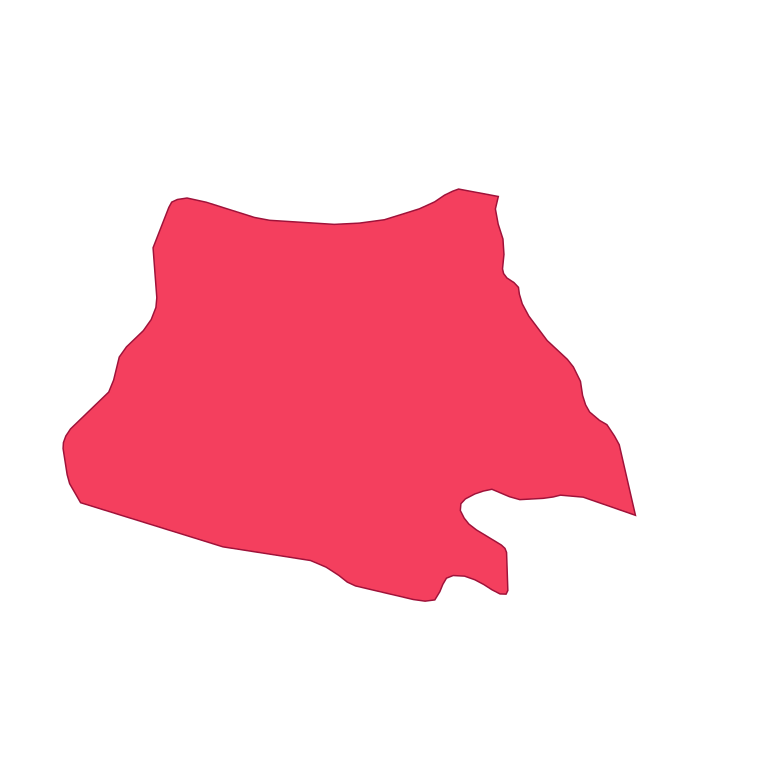 map outline of Ntchisi (Equal Earth projection), rotated 110°
{"feature_id": "MWI-1913", "entity_name": "Ntchisi", "entity_type": "District", "adm_level": 1, "iso_a3": "MWI", "parent_name": "Malawi", "parent_adm1": "", "projection": "equal_earth", "projection_center": [33.898, -13.273], "detail": "fine", "context": "isolated", "style": "filled", "palette": "rose", "viewbox_px": 768, "rotation_deg": 110, "n_neighbors": 0, "source": "natural_earth", "source_scale": "10m", "svg_char_len": 1311}
<svg xmlns="http://www.w3.org/2000/svg" viewBox="0 0 768 768"><g transform="rotate(110 384 384)"><path d="M421.4,102.8L422.2,158.1L428.1,180.2L432.3,186.4L437.0,195.3L446.2,216.8L447.0,227.6L446.0,246.6L450.6,254.0L456.2,261.0L464.1,268.2L470.2,270.8L476.8,269.0L482.7,262.7L486.6,256.3L489.5,247.3L495.2,218.6L497.1,214.1L500.4,211.2L535.7,197.0L539.7,197.4L541.6,203.2L540.4,212.4L538.3,221.6L536.9,231.6L537.0,242.6L540.3,253.5L545.1,258.9L552.2,260.2L560.0,260.5L569.5,262.4L574.0,271.1L576.5,282.8L583.5,341.7L582.7,350.8L579.3,361.0L575.9,375.8L575.0,392.7L592.1,479.6L599.3,628.5L585.2,645.3L577.6,650.7L554.4,663.5L548.7,665.2L541.7,665.2L533.4,663.2L485.7,639.9L472.8,639.4L449.2,642.0L437.2,638.7L416.2,628.4L403.1,624.8L390.1,624.5L380.6,627.0L335.0,647.6L291.7,646.6L285.7,645.7L281.3,641.3L276.6,632.7L274.0,613.3L271.8,562.7L269.3,547.5L251.0,485.3L241.3,462.3L229.5,439.8L207.3,410.7L195.5,398.7L185.8,391.7L179.4,385.5L175.3,380.6L168.7,340.7L181.4,339.2L194.7,331.4L207.1,321.8L221.2,315.6L235.3,312.0L239.3,309.4L242.3,304.8L244.3,296.4L247.2,290.7L253.3,287.5L261.4,281.5L270.7,271.1L287.4,245.5L298.1,220.2L303.2,211.9L314.3,200.3L326.8,193.5L334.7,187.4L340.0,181.2L344.5,169.0L346.0,160.6L354.1,149.6L360.6,142.2L421.4,102.8Z" fill="#f43f5e" stroke="#9f1239" stroke-width="1.5"/></g></svg>